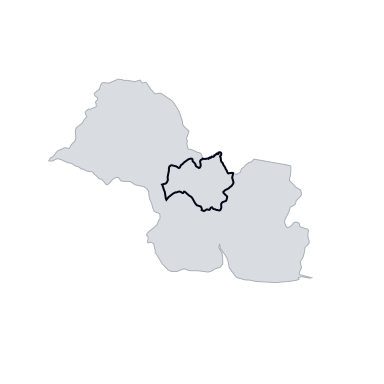 Potaro-Siparuni on a map of Guyana (Mercator projection), rotated 142°
{"feature_id": "GUY-672", "entity_name": "Potaro-Siparuni", "entity_type": "Region", "adm_level": 1, "iso_a3": "GUY", "parent_name": "Guyana", "parent_adm1": "", "projection": "mercator", "projection_center": [-59.388, 4.854], "detail": "fine", "context": "in_parent", "style": "outline", "palette": "ink", "viewbox_px": 384, "rotation_deg": 142, "n_neighbors": 0, "source": "natural_earth", "source_scale": "10m", "svg_char_len": 6914}
<svg xmlns="http://www.w3.org/2000/svg" viewBox="0 0 384 384"><g transform="rotate(142 192 192)"><path d="M123.0,179.8L114.9,170.8L106.7,161.7L98.7,152.8L98.2,151.5L101.5,147.3L104.5,144.2L107.0,142.5L108.2,140.9L107.3,134.4L107.3,132.0L106.2,129.4L105.3,126.5L106.3,124.1L107.5,122.5L109.1,121.8L112.8,121.2L115.5,121.0L116.4,120.0L117.9,118.9L120.0,118.8L123.9,119.6L125.7,118.2L128.9,116.2L136.2,112.8L137.9,110.6L139.0,107.1L138.9,105.5L138.2,104.9L136.3,104.4L133.6,104.3L131.3,105.2L129.0,104.7L127.1,102.6L127.0,100.8L128.2,98.3L127.5,96.7L123.8,91.5L123.9,90.0L126.5,87.7L128.0,85.7L130.1,80.9L131.7,79.3L136.8,78.8L138.1,77.8L140.7,75.2L144.5,72.4L150.1,70.1L151.7,65.9L152.7,64.7L157.1,62.5L157.9,61.3L157.8,60.3L150.7,50.9L152.1,51.5L157.6,57.7L160.6,59.0L161.3,59.0L161.3,57.4L164.1,58.1L171.3,62.3L181.9,69.2L196.8,82.3L201.0,87.3L203.9,89.7L208.3,95.4L209.6,98.1L209.4,109.2L205.5,116.7L204.6,122.4L204.4,129.9L202.1,134.2L205.1,131.8L206.0,125.1L208.6,120.9L212.0,116.4L216.4,115.3L221.2,117.3L225.1,117.6L228.5,118.9L235.7,126.2L242.8,131.9L245.4,136.4L252.9,138.7L257.4,142.3L258.8,145.4L259.7,153.6L258.2,165.9L258.6,166.5L256.6,169.0L256.2,170.5L254.9,173.2L253.9,174.7L255.4,178.1L257.1,178.3L257.7,178.7L258.1,179.4L258.0,180.1L257.4,180.7L255.8,181.6L254.2,183.5L254.4,185.7L253.4,186.8L250.3,187.4L244.2,187.4L241.3,187.6L238.9,187.9L237.3,189.3L235.3,190.3L233.8,190.6L232.4,192.2L231.0,194.5L231.5,196.1L232.9,198.2L233.7,200.3L232.6,203.8L231.4,206.5L230.7,208.6L229.7,212.5L227.4,216.9L225.7,219.4L225.7,222.1L226.6,225.9L231.4,231.4L232.9,234.1L234.2,238.4L238.5,241.7L241.2,244.5L241.0,248.0L241.3,249.2L243.0,250.1L245.0,250.8L247.3,250.7L249.3,250.4L249.8,249.9L254.4,249.8L255.0,250.7L255.2,255.9L255.4,258.0L256.5,258.8L257.2,260.1L257.2,261.3L257.5,264.1L258.1,265.7L258.0,268.8L258.5,269.9L259.8,270.7L261.4,272.9L262.0,273.1L262.4,273.9L263.7,277.1L264.5,278.0L265.0,278.1L265.2,279.2L266.2,282.2L266.9,282.9L268.2,285.1L268.7,287.4L270.4,290.1L272.2,291.9L273.0,293.9L275.2,298.1L277.4,301.1L280.3,301.9L282.8,302.3L284.3,303.5L285.8,304.8L284.2,305.3L282.7,306.1L280.7,305.5L277.9,305.8L275.0,306.7L272.3,307.1L267.2,305.7L265.7,305.6L264.6,305.0L262.5,302.3L261.5,302.0L258.8,303.2L255.5,304.1L253.9,303.9L252.0,304.8L250.3,306.0L246.9,311.2L245.2,313.0L243.3,313.9L239.6,313.8L235.6,314.0L232.7,315.3L229.9,315.9L228.5,316.0L228.0,318.8L227.4,320.1L226.5,320.9L224.3,321.1L222.4,321.0L221.2,319.8L219.0,319.3L217.1,318.8L215.8,318.2L214.8,318.3L214.0,319.5L213.3,320.5L212.7,322.4L209.7,323.0L208.5,324.0L209.2,327.5L208.9,328.9L208.2,329.9L204.7,330.1L201.6,330.0L199.9,331.3L197.7,332.8L196.4,333.1L194.8,333.0L192.8,331.3L190.8,329.1L185.7,327.7L180.7,326.4L177.5,323.0L176.7,321.4L175.1,320.6L171.3,316.6L169.1,314.0L166.8,313.3L164.1,312.2L164.2,310.4L164.0,308.6L162.9,307.8L161.3,307.4L160.7,306.3L160.8,304.0L161.2,297.9L160.7,292.1L157.1,290.0L155.6,288.7L152.8,280.0L151.6,276.1L151.5,273.2L152.4,264.6L153.4,260.9L156.2,253.4L157.8,250.9L157.9,249.0L157.7,246.6L156.9,241.8L161.6,238.7L163.6,237.5L164.0,235.4L166.5,232.9L167.6,230.4L168.5,228.5L168.3,227.5L167.2,226.9L165.9,225.1L163.2,219.8L162.2,218.7L161.3,217.3L161.8,214.9L162.8,212.4L162.7,211.3L161.1,210.0L157.7,207.7L154.9,207.5L152.8,206.7L149.6,206.6L147.1,206.4L145.7,205.5L146.0,204.1L146.6,203.0L148.7,200.4L150.1,197.6L150.3,194.8L150.8,191.1L151.4,188.0L151.7,184.4L148.4,182.1L147.3,180.1L145.9,178.4L144.4,178.4L142.1,177.7L138.5,179.9L135.7,179.5L133.8,180.4L129.3,180.2L126.4,179.1L123.0,179.8Z" fill="#d9dde1" stroke="#a8b0b8" stroke-width="1"/><path d="M147.1,206.7L146.7,206.7L146.3,206.6L145.7,206.3L145.2,205.7L145.0,205.0L145.2,204.3L146.2,203.2L146.5,203.1L147.3,203.1L147.6,203.0L148.0,202.7L148.1,202.3L148.2,201.9L148.3,201.5L148.5,201.0L149.5,199.4L149.9,198.8L150.1,198.1L150.2,197.4L150.0,195.7L150.6,194.0L150.7,191.7L150.9,190.6L151.2,189.9L151.3,189.2L151.4,187.7L152.1,185.4L152.0,184.3L150.9,183.8L149.2,182.8L148.4,182.2L148.0,181.6L148.3,181.4L149.0,180.6L150.8,179.2L151.4,178.7L151.7,178.3L151.8,177.8L152.5,176.3L152.9,175.1L153.3,174.2L153.7,173.8L154.1,173.4L154.5,173.2L157.0,172.4L157.5,172.4L159.2,172.5L160.4,172.3L161.0,172.3L164.5,173.0L165.1,173.0L167.3,172.8L167.7,172.0L167.4,168.9L167.1,167.4L167.1,167.0L167.2,166.6L167.4,166.4L168.5,165.4L170.1,164.3L170.4,164.2L170.5,164.1L170.8,164.1L173.6,165.0L174.2,165.1L174.8,165.1L175.0,165.1L175.4,165.0L175.8,164.9L176.4,164.5L176.8,164.2L177.0,163.9L177.5,163.0L178.2,162.1L178.6,161.6L179.0,161.3L180.4,160.5L180.7,160.4L181.1,160.4L181.4,160.4L181.7,160.5L182.0,160.8L182.2,161.0L183.0,162.1L183.8,162.8L183.9,163.1L184.5,164.2L184.7,164.4L184.9,164.7L185.4,165.2L185.6,165.4L185.7,165.7L185.6,167.1L185.6,167.4L185.8,167.7L186.1,167.9L186.6,168.0L187.0,168.0L187.3,167.9L188.7,167.3L189.1,167.2L189.4,167.3L189.6,167.5L190.6,168.8L190.9,169.0L191.1,169.2L191.4,169.3L193.1,169.4L193.5,169.5L193.8,169.5L194.1,169.7L194.4,169.8L194.6,170.1L195.5,171.7L195.0,171.9L194.7,172.7L194.4,173.3L194.2,173.7L194.2,174.1L194.2,174.5L194.2,174.8L194.0,175.1L195.8,177.8L196.2,178.2L196.4,178.8L196.4,181.6L195.5,187.1L195.6,188.7L196.5,191.1L197.5,196.6L198.0,197.2L199.7,196.7L200.3,197.3L200.8,199.0L201.7,200.2L202.3,200.5L202.5,200.6L204.1,201.1L204.5,201.3L204.8,201.5L205.3,201.9L206.1,202.1L207.9,202.4L213.7,202.4L216.5,201.7L217.0,201.6L216.6,203.1L213.4,208.8L212.7,211.3L211.1,215.5L211.0,216.3L209.2,215.6L208.1,215.1L207.5,214.9L207.2,214.9L206.8,214.9L206.2,215.0L205.9,215.1L205.0,215.5L204.2,216.0L203.6,216.4L203.0,217.1L202.3,218.4L202.1,218.7L196.9,223.2L196.2,224.2L195.2,225.2L194.6,225.7L194.3,225.9L194.2,225.9L193.7,226.0L192.5,226.0L191.9,225.8L191.6,225.6L191.3,225.3L188.7,222.0L188.5,221.5L188.3,221.1L188.1,220.2L187.8,219.3L187.7,219.1L187.5,218.9L187.2,218.9L186.7,218.8L186.2,219.0L184.5,219.8L184.2,219.9L183.9,220.0L183.7,220.0L182.8,219.9L182.3,219.8L180.1,220.2L174.9,220.0L174.3,219.9L173.8,219.7L172.5,219.1L172.2,218.9L171.9,218.6L171.6,218.3L171.5,217.9L171.5,217.6L171.7,217.1L171.9,216.7L172.4,216.2L172.5,215.8L172.5,215.5L172.2,213.9L172.2,212.2L172.3,211.5L172.5,210.9L172.8,210.7L172.9,210.4L172.9,209.9L172.8,209.3L172.2,208.0L172.1,207.4L171.8,206.7L170.9,206.4L170.1,206.7L169.8,206.8L169.5,207.0L169.2,207.2L168.9,207.5L168.5,207.9L168.3,208.3L167.0,210.8L166.9,211.0L166.6,211.3L166.3,211.5L165.9,211.7L165.2,211.8L163.8,211.6L163.3,211.7L163.3,211.3L163.2,211.2L162.7,211.2L162.3,211.0L162.0,210.7L161.7,210.3L161.4,210.0L159.1,208.8L158.6,208.1L158.3,208.4L158.0,208.5L157.2,208.3L156.6,208.3L156.4,208.2L156.4,207.5L156.2,207.4L155.7,207.4L155.0,207.7L154.6,207.8L154.4,207.6L153.9,206.9L153.5,206.6L153.1,206.6L152.7,206.5L152.3,206.6L152.2,207.0L151.9,207.2L151.5,207.1L150.6,206.8L149.8,206.9L149.2,207.1L148.8,207.0L148.6,206.3L148.4,206.0L148.0,205.8L147.6,205.8L147.4,206.1L147.3,206.5L147.1,206.7Z" fill="none" stroke="#020617" stroke-width="2"/></g></svg>